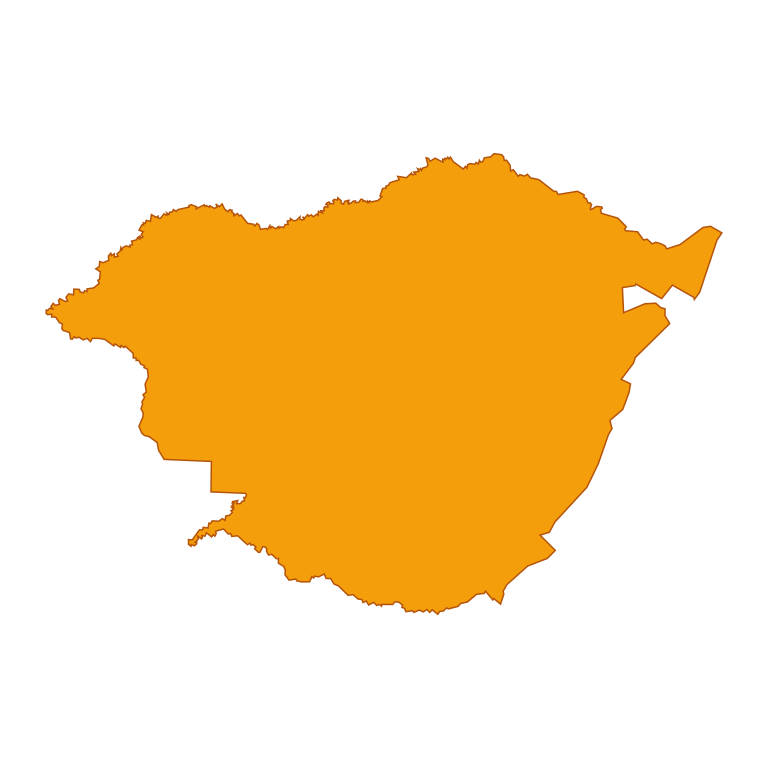 Feliciano, Entre Ríos, Argentina
{"feature_id": "61730980B62856380670076", "entity_name": "Feliciano", "entity_type": "district", "adm_level": 2, "iso_a3": "ARG", "parent_name": "Argentina", "parent_adm1": "Entre Ríos", "projection": "robinson", "projection_center": [-58.86, -30.431], "detail": "fine", "context": "isolated", "style": "filled", "palette": "amber", "viewbox_px": 768, "rotation_deg": 0, "n_neighbors": 0, "source": "geoboundaries", "source_scale": "gbopen_adm2", "svg_char_len": 6083}
<svg xmlns="http://www.w3.org/2000/svg" viewBox="0 0 768 768"><path d="M500.5,604.1L503.8,594.3L503.2,591.2L506.8,584.7L527.7,566.0L547.3,558.4L555.3,550.4L540.0,535.1L549.3,532.3L554.9,522.0L586.9,487.3L598.3,463.7L608.4,434.7L612.0,428.6L609.9,420.4L622.7,409.5L629.1,392.3L630.5,383.9L621.2,379.4L633.4,363.2L635.4,357.4L669.7,323.6L665.0,315.6L665.0,308.7L660.8,307.7L655.8,303.2L644.9,303.8L623.6,312.7L622.4,287.6L635.1,285.6L635.8,284.0L661.7,298.6L672.4,285.1L693.8,297.3L694.3,299.5L699.6,292.4L717.0,240.1L721.9,232.9L710.5,226.3L703.0,227.5L680.0,244.6L666.7,248.9L665.1,245.9L660.7,243.7L655.7,242.3L652.3,243.9L647.1,239.2L643.5,240.0L637.6,231.8L625.4,230.7L624.7,229.2L626.3,226.8L617.8,218.1L601.3,213.3L600.5,209.6L602.3,208.2L601.8,206.9L596.6,206.4L591.0,209.6L590.3,208.3L591.5,204.8L590.2,202.8L588.2,203.2L586.3,198.7L584.0,197.5L584.1,194.8L577.5,191.3L558.0,194.5L556.4,191.4L553.8,191.3L538.8,179.6L530.6,177.9L527.4,174.3L524.5,176.1L519.9,174.6L518.2,176.3L513.3,169.7L510.6,170.9L510.1,165.2L506.5,160.2L504.2,160.5L503.6,156.7L501.5,154.6L494.0,153.7L490.6,156.9L484.4,157.8L482.6,161.8L480.6,162.1L479.4,160.3L478.4,164.0L476.1,162.4L475.1,164.2L469.8,163.6L467.5,164.9L467.0,168.2L465.4,166.4L463.2,169.0L453.4,161.8L450.4,157.1L449.0,159.0L447.7,157.2L446.3,158.9L444.9,158.3L444.8,159.8L442.7,159.1L442.9,162.2L435.1,158.2L430.1,161.3L428.6,158.5L426.1,157.8L427.9,164.8L426.8,166.9L422.8,168.0L421.7,170.3L420.6,168.5L419.7,169.7L417.6,168.7L418.8,171.5L413.7,172.1L415.5,174.4L411.7,174.6L411.4,173.1L406.5,177.7L397.7,176.4L399.1,179.8L389.9,182.7L388.5,185.3L385.9,186.2L386.0,188.1L382.6,188.5L380.0,196.0L382.0,196.7L377.9,200.5L371.4,201.9L369.7,200.9L369.1,202.4L367.7,201.1L367.7,202.7L364.7,200.7L363.2,201.5L362.7,199.5L361.0,199.2L358.7,202.3L355.3,202.6L355.5,200.9L353.4,201.1L350.6,203.5L349.1,202.8L348.9,204.7L347.7,201.8L349.6,200.0L344.6,201.4L343.5,204.2L341.1,203.2L341.2,200.7L337.8,197.8L337.5,200.0L334.1,199.4L332.7,200.9L334.0,201.9L333.4,203.9L330.1,203.2L330.2,204.8L329.2,202.0L326.7,203.0L325.9,204.5L327.8,204.7L327.8,207.1L325.1,206.7L323.8,207.9L324.1,211.0L320.9,210.7L322.3,212.9L318.4,211.4L318.2,215.2L316.8,214.1L313.3,216.8L311.3,214.8L308.6,216.2L307.6,214.7L304.5,218.3L302.6,216.7L304.2,219.4L301.8,220.0L299.8,218.9L300.0,216.8L296.3,220.4L293.7,220.8L290.4,218.5L290.3,220.5L287.2,221.1L288.2,224.4L285.2,224.5L283.7,227.6L281.2,226.8L279.2,228.2L278.8,226.4L275.5,228.8L271.9,226.5L270.6,228.1L269.9,225.5L267.6,229.5L266.0,228.4L260.4,229.3L259.1,225.1L257.0,223.4L254.8,226.0L253.4,224.2L247.7,223.4L241.0,215.0L239.1,215.8L237.4,213.5L233.9,215.7L234.0,213.7L231.6,211.9L232.2,210.4L229.6,209.6L227.9,211.7L224.6,209.0L222.1,203.9L219.3,206.7L215.8,204.0L217.2,206.8L214.5,208.4L209.8,205.8L209.2,207.2L206.3,205.5L204.9,206.5L204.2,204.8L196.3,208.7L196.7,206.8L191.0,204.6L188.8,205.7L189.0,207.1L177.9,209.6L176.2,211.4L173.5,209.6L172.2,212.0L169.6,212.2L168.9,214.4L166.8,213.0L167.6,214.7L166.5,215.2L164.0,213.8L160.4,218.4L158.3,218.2L158.0,216.1L156.2,217.3L151.4,214.6L150.4,221.3L146.2,220.4L145.3,223.4L143.3,222.7L143.6,225.0L142.1,224.6L139.0,230.2L143.2,231.8L141.3,234.3L142.9,237.1L141.0,238.0L140.0,236.0L138.7,236.8L139.4,238.8L137.5,237.7L136.6,239.8L131.6,241.1L132.5,244.7L129.8,245.2L130.0,247.0L126.2,245.9L123.1,247.4L121.8,249.8L120.9,247.6L120.3,250.9L116.9,254.0L118.0,256.3L114.5,257.1L114.3,253.8L111.6,255.6L110.8,253.2L108.4,256.0L108.7,260.4L103.0,262.7L99.7,261.6L99.3,266.5L95.8,268.8L100.3,271.8L99.6,279.4L97.8,280.3L99.2,283.4L93.7,287.9L87.1,288.9L87.0,291.6L84.6,290.7L83.6,292.8L80.2,292.0L79.3,289.4L73.9,289.1L73.5,294.8L68.8,293.9L66.0,297.2L67.6,301.1L65.5,301.6L59.7,298.7L58.6,300.6L59.4,304.3L55.5,305.4L53.2,303.3L50.9,306.6L52.9,308.9L49.6,308.4L47.5,310.5L46.3,310.0L46.1,313.2L47.4,314.6L51.8,314.3L51.6,317.0L55.6,317.0L59.4,322.7L62.4,323.9L61.9,328.6L63.0,330.4L69.5,332.5L70.6,339.0L72.4,339.1L74.3,336.7L76.0,338.0L79.0,337.2L83.2,339.9L87.0,338.3L90.5,341.6L92.2,338.4L99.0,338.4L104.8,339.4L113.8,345.9L114.8,343.9L120.6,347.4L121.1,345.5L123.9,347.5L125.3,346.2L133.2,353.4L133.3,357.9L136.0,357.9L136.2,360.5L138.8,360.3L140.7,364.1L144.4,365.8L144.0,367.6L147.4,369.1L148.3,376.8L145.1,384.1L146.2,392.2L143.0,394.7L144.6,397.4L141.9,402.0L142.6,404.0L141.0,408.9L143.2,412.8L142.9,417.0L138.9,426.3L141.8,433.1L144.3,435.4L149.2,436.7L157.2,442.6L158.6,450.3L164.1,459.4L211.4,461.4L211.0,491.9L245.3,493.3L246.5,494.9L245.3,497.8L243.9,497.5L244.5,500.9L241.9,501.4L240.6,503.5L236.5,503.7L237.8,500.6L232.6,501.6L232.2,503.0L233.9,503.1L232.6,504.8L234.0,504.9L232.1,505.7L233.5,507.2L231.5,507.2L233.5,509.4L231.0,510.6L232.4,512.4L229.4,515.4L225.8,515.9L225.1,520.3L222.3,518.6L218.8,521.2L212.2,520.9L210.5,523.5L208.9,523.1L208.0,528.0L203.2,527.3L202.7,529.8L199.4,529.9L192.1,540.1L188.5,539.5L188.5,544.3L191.0,546.2L191.2,544.5L194.4,545.8L196.6,543.8L196.8,542.2L195.0,542.3L198.3,539.0L197.8,536.2L201.3,538.9L202.4,537.9L201.9,535.6L204.9,536.2L206.6,532.8L211.6,536.9L213.3,534.6L214.8,536.2L216.2,533.8L215.6,531.2L223.6,529.0L228.2,534.0L230.5,533.5L231.7,536.4L237.7,535.8L247.4,544.7L250.0,543.1L251.0,545.2L253.1,544.6L255.9,547.1L254.6,548.7L258.5,552.4L260.0,552.2L262.7,546.7L264.8,546.9L266.7,548.6L266.5,551.4L268.5,555.0L271.8,554.3L276.3,558.7L278.5,558.5L278.4,563.2L283.6,566.3L285.3,570.2L285.0,574.7L289.1,580.2L295.9,579.0L296.7,580.8L301.3,581.9L309.6,581.8L311.9,576.6L313.7,578.0L314.6,576.2L318.7,576.8L324.3,574.0L326.1,578.5L330.6,578.5L334.0,584.0L338.5,585.9L348.1,595.3L353.0,594.6L358.0,599.0L362.0,599.6L363.0,602.5L366.3,601.1L368.7,605.0L373.6,602.4L376.7,605.4L379.5,604.5L381.5,606.2L381.8,604.4L392.6,604.5L395.2,601.6L399.3,602.4L402.7,605.4L401.9,607.4L404.7,608.4L405.8,611.7L412.7,610.7L413.8,612.4L419.2,610.1L423.5,611.9L426.8,609.5L429.8,612.4L432.2,609.8L437.8,614.3L439.6,611.5L443.5,610.9L446.7,607.9L448.3,608.9L458.0,606.4L460.7,603.5L467.4,602.0L476.6,594.3L484.2,593.4L485.5,591.2L492.9,600.0L493.8,598.5L500.5,604.1Z" fill="#f59e0b" stroke="#b45309" stroke-width="1.5"/></svg>